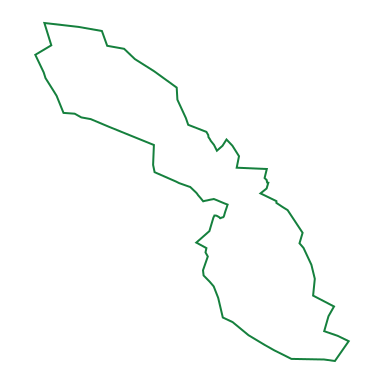 outline of Bugat, Bayan-Ölgiy, Mongolia
{"feature_id": "93677404B60998185395331", "entity_name": "Bugat", "entity_type": "district", "adm_level": 2, "iso_a3": "MNG", "parent_name": "Mongolia", "parent_adm1": "Bayan-Ölgiy", "projection": "robinson", "projection_center": [90.024, 49.009], "detail": "fine", "context": "isolated", "style": "outline", "palette": "green", "viewbox_px": 384, "rotation_deg": 0, "n_neighbors": 0, "source": "geoboundaries", "source_scale": "gbopen_adm2", "svg_char_len": 1696}
<svg xmlns="http://www.w3.org/2000/svg" viewBox="0 0 384 384"><path d="M266.8,169.0L236.7,167.7L239.0,156.2L232.4,145.7L226.5,139.5L222.5,145.8L216.9,150.7L214.0,144.9L212.0,142.4L210.6,140.6L210.1,139.5L209.3,138.3L208.5,137.2L208.2,135.0L206.4,131.9L188.2,124.8L185.9,118.1L177.4,99.7L176.7,87.6L154.2,71.3L134.9,59.1L124.1,48.8L107.2,45.8L101.9,31.0L78.5,26.9L44.4,23.0L51.3,45.3L35.3,54.8L43.7,72.4L45.5,78.1L53.0,90.0L56.6,95.8L63.5,112.9L74.7,113.7L81.3,117.4L90.7,119.1L109.7,127.1L153.9,145.0L153.1,164.9L154.6,172.2L175.9,181.5L179.1,183.1L182.2,184.2L188.7,186.5L189.6,186.8L190.1,186.9L191.0,187.7L193.7,190.3L195.3,191.8L196.6,193.1L197.5,194.3L198.1,195.2L200.7,198.2L203.2,201.3L203.8,201.1L204.3,201.0L205.0,200.8L207.2,200.4L210.2,199.7L213.6,199.1L213.8,199.0L217.1,200.3L220.6,201.8L224.2,203.3L227.6,204.6L227.5,204.9L226.5,208.0L225.4,211.2L225.1,212.1L224.4,214.5L224.1,215.7L223.6,216.8L223.0,217.3L222.4,217.4L221.7,217.6L221.0,217.9L220.5,218.2L220.1,218.2L219.9,218.0L219.5,217.4L217.5,216.2L217.1,216.0L216.5,215.7L215.3,215.5L214.4,215.5L214.1,216.4L213.5,217.3L209.4,231.1L196.3,242.6L206.4,248.1L205.5,252.4L207.8,256.5L203.0,270.3L203.6,275.5L209.6,281.6L213.7,286.4L218.2,297.9L222.8,317.5L232.6,322.1L248.5,335.2L264.8,345.0L274.2,350.3L291.4,358.9L324.1,359.5L334.9,361.0L348.7,341.2L337.6,335.8L324.2,331.2L328.5,316.2L334.0,306.5L313.1,295.6L314.8,278.8L311.4,264.8L303.5,247.9L299.5,243.3L302.6,232.8L287.6,210.1L284.0,207.9L281.5,206.3L279.9,205.2L277.3,203.5L276.4,202.9L276.4,201.1L260.5,193.4L266.6,188.5L268.3,182.8L267.3,182.7L267.0,182.1L267.1,181.5L266.7,180.8L266.7,180.1L264.6,178.0L266.8,169.0Z" fill="none" stroke="#15803d" stroke-width="2"/></svg>